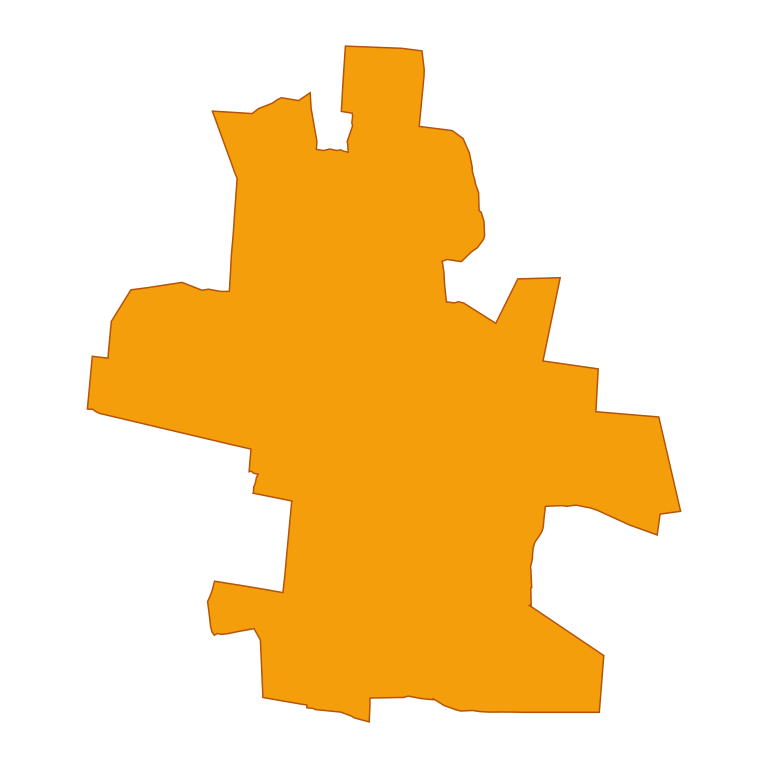 the district of Suma, Yucatán, Mexico
{"feature_id": "50627088B85227012924618", "entity_name": "Suma", "entity_type": "district", "adm_level": 2, "iso_a3": "MEX", "parent_name": "Mexico", "parent_adm1": "Yucatán", "projection": "equal_earth", "projection_center": [-89.152, 21.109], "detail": "fine", "context": "isolated", "style": "filled", "palette": "amber", "viewbox_px": 768, "rotation_deg": 0, "n_neighbors": 0, "source": "geoboundaries", "source_scale": "gbopen_adm2", "svg_char_len": 2672}
<svg xmlns="http://www.w3.org/2000/svg" viewBox="0 0 768 768"><path d="M560.2,277.7L517.8,278.9L495.8,323.3L495.7,323.3L463.8,303.1L458.4,301.7L454.6,302.9L446.4,301.8L444.6,284.6L443.9,271.8L442.2,261.2L447.2,259.5L461.4,261.6L471.7,251.6L477.3,247.8L483.6,239.3L484.6,235.7L484.0,221.5L481.2,212.3L479.1,210.6L478.6,192.7L478.1,191.2L475.5,184.1L475.0,181.2L474.5,178.8L473.8,176.8L472.9,173.5L472.3,170.9L472.2,167.2L471.1,161.4L469.4,153.0L463.1,138.6L452.3,130.6L419.2,126.4L424.0,76.5L424.2,69.5L422.0,50.9L401.8,48.3L345.4,46.1L343.4,76.1L342.7,86.7L342.7,87.0L342.0,100.8L341.5,108.8L341.3,111.4L352.2,113.2L352.6,116.4L351.8,122.7L352.6,125.8L347.1,141.8L347.6,143.1L348.2,152.2L343.4,151.1L340.7,149.8L336.9,150.5L329.6,149.0L323.9,150.5L316.4,149.5L316.9,141.4L311.1,108.3L310.2,92.7L298.6,100.6L281.5,97.7L277.1,99.8L272.3,103.2L258.7,108.5L252.1,113.6L246.4,113.2L212.4,111.1L230.6,161.0L234.5,172.0L237.1,178.3L236.3,190.5L236.1,192.7L235.3,203.7L234.6,213.4L233.9,224.2L233.2,234.2L231.3,255.9L230.3,276.0L229.3,291.4L220.5,291.4L208.5,289.2L201.9,290.2L182.0,282.4L145.8,287.9L130.9,289.8L111.3,321.5L108.4,352.8L107.9,358.2L92.3,356.3L87.4,409.0L93.1,409.4L95.4,411.4L99.5,413.4L231.4,444.6L251.0,449.1L250.2,458.1L249.1,471.7L251.3,471.3L253.9,473.4L258.2,474.1L256.5,477.2L255.2,483.6L253.7,487.1L253.5,490.7L253.5,492.4L253.0,493.2L287.5,500.1L291.8,501.0L291.6,502.6L289.4,526.0L288.8,532.4L286.8,553.7L284.8,575.9L282.9,592.6L254.3,587.6L245.7,586.2L226.9,583.2L214.6,581.2L212.2,590.4L209.8,596.8L207.6,601.6L209.0,612.6L209.1,613.2L210.6,626.6L212.0,632.0L212.9,633.2L214.3,635.2L217.3,633.5L221.3,634.4L228.2,633.6L236.2,631.9L254.0,628.6L260.4,640.0L262.9,697.5L302.1,704.3L306.8,704.9L306.9,707.8L312.7,708.3L315.6,709.6L340.8,712.1L351.2,716.0L354.6,718.0L369.2,721.9L369.9,706.6L370.0,698.0L371.2,698.0L371.5,698.0L395.0,697.6L399.4,697.5L403.4,697.5L408.2,696.1L421.5,698.6L433.1,699.7L433.2,698.7L437.9,701.6L443.9,705.4L455.4,709.6L460.5,711.0L472.8,710.5L480.0,711.6L489.8,712.1L501.7,712.0L513.7,712.1L522.9,712.3L599.3,712.3L603.8,655.6L529.4,605.4L529.9,605.3L530.1,605.2L530.3,605.2L531.2,605.3L530.8,587.9L531.7,587.7L531.0,573.1L531.0,570.2L530.6,568.4L530.6,566.5L531.0,564.7L531.8,561.9L532.4,558.5L532.6,554.2L532.9,550.6L533.2,547.8L533.7,546.3L534.6,543.0L536.0,540.6L538.6,536.9L541.3,532.6L542.7,529.4L543.3,526.3L543.9,519.6L544.6,513.0L545.4,506.3L548.9,506.1L555.1,505.9L557.6,505.8L560.0,505.7L564.0,505.8L566.5,506.3L576.0,505.1L590.6,508.0L597.2,510.2L629.5,525.0L657.2,535.0L660.1,514.1L680.6,511.3L658.8,417.0L595.9,411.7L598.2,368.9L543.0,361.0L560.2,277.7Z" fill="#f59e0b" stroke="#b45309" stroke-width="1.5"/></svg>